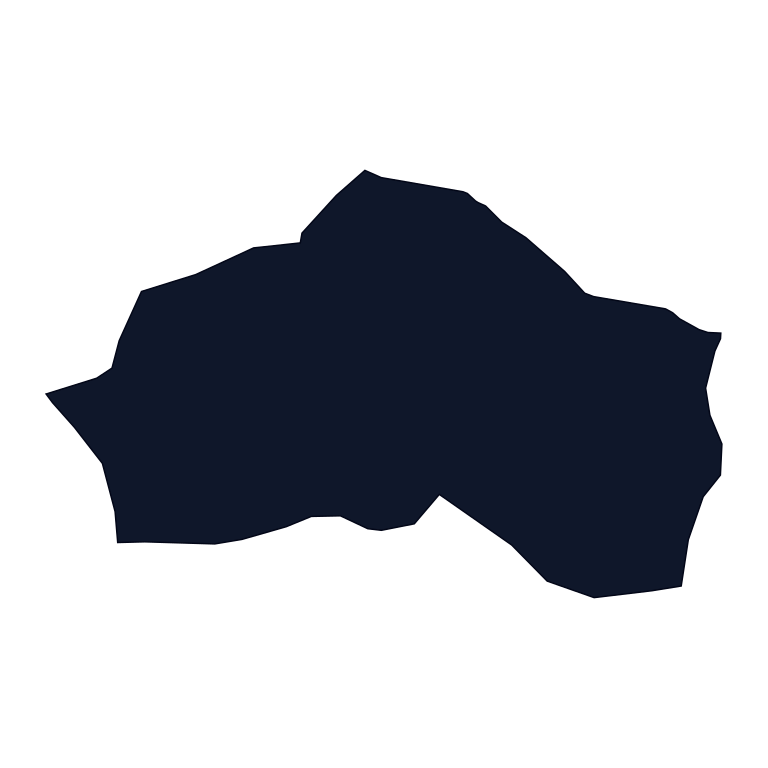 outline of Al Marqab
{"feature_id": "LBY-2966", "entity_name": "Al Marqab", "entity_type": "Municipality", "adm_level": 1, "iso_a3": "LBY", "parent_name": "Libya", "parent_adm1": "", "projection": "mercator", "projection_center": [14.087, 32.352], "detail": "fine", "context": "isolated", "style": "filled", "palette": "ink", "viewbox_px": 768, "rotation_deg": 0, "n_neighbors": 0, "source": "natural_earth", "source_scale": "10m", "svg_char_len": 836}
<svg xmlns="http://www.w3.org/2000/svg" viewBox="0 0 768 768"><path d="M364.9,170.4L381.2,177.6L463.1,191.8L467.4,193.5L475.5,201.0L478.1,202.6L485.6,206.0L501.7,222.1L526.0,237.8L564.6,271.4L584.7,293.2L593.6,296.6L665.6,308.9L672.7,312.8L679.5,318.8L699.0,329.6L707.9,332.5L720.8,333.1L720.5,338.7L714.9,351.0L705.6,388.1L709.9,415.2L721.9,444.0L720.4,475.1L703.2,496.7L688.3,539.7L681.2,586.0L652.1,590.7L594.1,597.6L547.2,581.1L511.7,545.0L439.3,494.4L414.3,523.8L381.4,530.3L367.8,528.7L340.4,515.8L311.3,516.4L286.2,526.7L241.9,539.4L214.8,543.9L144.8,541.8L117.7,542.5L115.1,511.6L102.4,463.4L74.4,427.3L52.5,402.6L46.1,394.0L96.7,378.2L112.0,368.1L119.2,340.7L141.5,291.5L174.5,281.2L195.7,274.6L253.6,247.9L260.5,247.2L300.3,242.9L302.0,233.1L336.4,195.4L364.9,170.4Z" fill="#0f172a" stroke="#020617" stroke-width="1.5"/></svg>